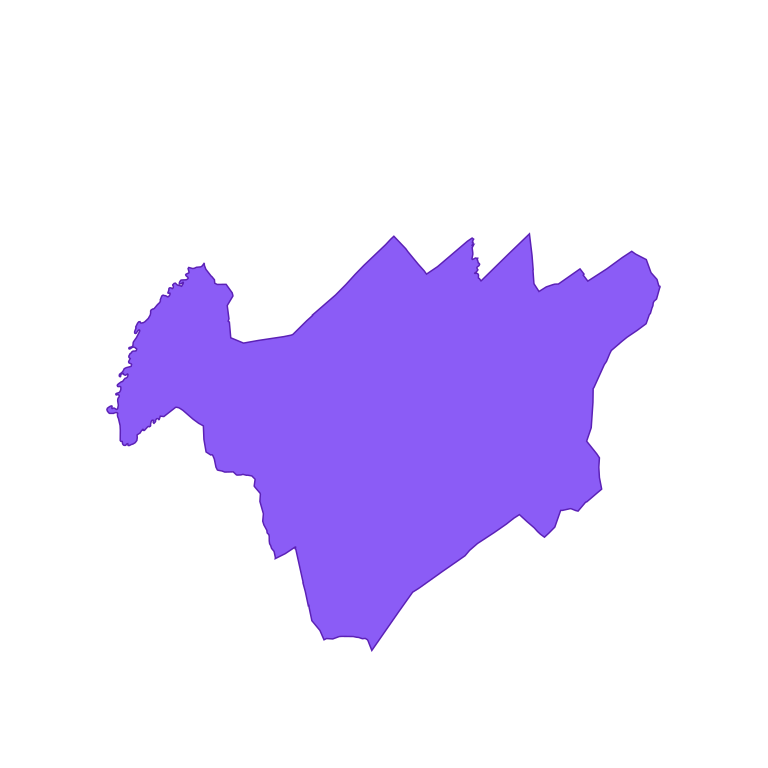 Malienas pag., Aluksne, Latvia (Robinson projection), rotated 123°
{"feature_id": "27541924B29031976448606", "entity_name": "Malienas pag.", "entity_type": "district", "adm_level": 2, "iso_a3": "LVA", "parent_name": "Latvia", "parent_adm1": "Aluksne", "projection": "robinson", "projection_center": [27.166, 57.339], "detail": "fine", "context": "isolated", "style": "filled", "palette": "violet", "viewbox_px": 768, "rotation_deg": 123, "n_neighbors": 0, "source": "geoboundaries", "source_scale": "gbopen_adm2", "svg_char_len": 6171}
<svg xmlns="http://www.w3.org/2000/svg" viewBox="0 0 768 768"><g transform="rotate(123 384 384)"><path d="M471.4,623.3L472.1,622.5L475.8,621.7L476.8,621.1L477.1,620.8L477.0,619.9L476.4,619.5L473.0,619.4L472.1,619.0L471.9,618.5L472.0,618.1L473.0,617.6L479.9,616.9L484.9,617.1L485.9,616.9L488.5,615.5L489.2,615.5L490.1,615.7L492.1,617.5L492.6,617.6L493.2,617.3L493.4,616.8L493.0,616.2L489.9,614.8L489.6,614.5L489.0,612.5L489.3,611.7L489.1,611.1L489.2,610.6L489.8,610.2L491.1,610.0L492.0,610.8L493.1,612.4L494.5,613.0L495.9,613.0L496.8,613.5L499.6,613.2L500.5,612.5L500.8,611.7L500.8,610.7L502.5,610.6L504.2,610.4L504.8,610.0L505.2,609.2L504.8,607.0L505.0,606.4L506.7,605.7L507.1,605.8L510.7,609.1L512.6,610.2L515.1,609.9L517.1,610.1L519.9,611.1L521.2,610.6L521.7,610.0L521.6,609.2L521.3,609.0L520.6,609.2L519.4,609.9L518.9,609.8L518.2,609.3L517.1,608.3L517.7,608.0L517.8,607.4L517.6,605.8L517.1,605.4L515.6,604.8L515.3,604.6L515.3,604.1L515.7,603.7L517.6,603.0L518.6,603.1L519.6,603.6L520.1,604.2L521.9,604.5L523.9,604.6L524.4,604.7L525.2,605.5L528.2,606.7L529.7,607.1L530.4,607.0L531.1,606.1L531.0,605.6L529.8,603.9L529.8,603.3L530.6,602.5L532.3,601.6L533.9,601.3L535.1,601.4L536.7,602.5L537.2,603.0L538.3,603.5L538.7,603.3L539.0,602.8L538.9,602.4L537.9,601.5L537.7,600.8L537.8,599.9L538.5,599.4L539.0,599.2L540.6,599.3L541.8,599.0L543.3,598.1L546.4,595.3L549.3,594.1L550.2,594.0L551.1,594.6L551.1,597.0L551.5,597.7L552.6,598.6L552.5,599.1L550.7,600.0L550.7,600.5L551.4,601.2L552.6,601.9L554.4,602.6L555.1,602.8L556.5,602.4L557.4,601.2L558.1,599.2L558.1,598.1L556.1,595.0L554.3,593.7L553.6,592.6L553.5,591.6L553.9,591.2L554.6,591.0L555.7,590.3L556.7,589.3L557.5,588.0L562.6,582.7L566.5,579.9L575.0,574.5L575.4,573.5L574.8,572.2L576.5,570.7L576.9,570.0L577.1,569.0L576.9,568.3L576.1,567.2L574.6,567.2L573.6,566.4L574.9,565.2L574.7,564.6L574.1,563.9L572.7,563.2L571.0,561.8L568.7,560.7L566.0,560.5L563.4,561.7L561.3,563.3L560.8,563.2L557.7,561.8L556.3,562.0L553.4,561.6L553.2,561.2L553.4,560.7L553.9,560.5L553.7,559.9L553.2,559.6L548.7,558.9L548.0,558.5L547.6,558.0L547.7,557.6L546.8,557.0L546.1,557.0L544.8,557.9L543.4,558.4L542.0,558.9L541.1,558.9L540.3,558.3L540.0,557.4L541.7,556.9L542.3,555.9L542.3,555.5L540.7,555.2L539.8,555.2L539.0,555.8L537.2,555.8L536.7,555.6L535.9,554.2L536.0,553.9L536.5,553.6L536.2,553.2L532.8,554.1L531.2,550.9L517.2,546.1L516.8,545.8L516.5,545.3L515.7,543.2L515.6,541.8L515.6,538.4L517.5,525.0L517.9,518.0L517.5,512.7L528.6,504.8L537.9,496.2L537.9,490.7L537.0,489.8L537.1,488.8L539.3,485.5L545.3,479.6L546.8,477.0L546.7,476.2L545.2,472.5L544.6,469.6L539.8,462.6L540.6,458.3L540.4,457.6L538.2,454.5L536.6,453.1L535.5,449.8L534.7,448.6L533.2,445.1L533.1,444.7L534.1,440.2L540.3,437.3L540.8,436.1L543.1,428.4L543.7,427.7L550.1,424.1L558.5,414.5L565.1,411.0L567.6,408.0L570.5,402.6L572.5,400.9L573.1,398.5L574.3,397.3L578.2,394.7L580.3,392.9L581.2,391.1L583.1,388.8L584.3,385.0L588.7,380.6L589.7,380.1L580.0,374.4L569.1,369.7L569.0,369.2L570.6,368.8L570.6,368.0L594.6,343.6L594.9,343.7L600.8,337.1L611.2,326.7L610.7,326.4L612.5,324.8L621.8,315.6L625.6,303.5L631.2,295.0L628.8,293.6L625.7,288.1L620.2,284.0L618.7,282.0L612.5,272.2L611.4,269.3L610.3,267.1L609.4,263.4L607.6,261.2L607.5,258.8L607.8,257.9L614.1,249.1L566.5,247.6L543.0,246.6L535.8,243.3L509.4,232.9L483.9,222.5L476.9,221.6L466.8,218.7L448.4,210.6L434.9,205.1L425.8,202.0L419.8,199.3L421.5,189.2L422.8,179.7L424.1,174.9L424.8,170.9L425.1,166.0L419.2,164.5L411.0,162.8L393.8,167.0L392.7,165.4L387.2,160.0L386.7,159.2L385.7,154.2L384.9,152.0L373.7,150.6L372.7,150.2L372.5,149.8L353.6,144.2L345.1,152.4L336.8,158.5L328.6,163.1L326.7,167.5L321.6,182.9L307.8,186.4L285.7,198.7L273.9,206.1L272.7,206.0L247.7,209.8L243.9,209.7L235.8,211.2L232.1,211.6L218.4,207.6L212.3,205.6L201.2,200.9L190.7,197.0L181.2,199.3L179.8,199.0L174.5,200.6L171.9,201.1L169.3,202.4L167.5,202.6L164.3,201.7L153.1,205.2L151.8,205.4L151.7,205.2L152.0,207.0L147.6,212.0L145.2,220.7L136.8,231.8L138.0,243.7L137.8,248.5L148.1,253.0L166.2,259.9L186.7,269.1L184.2,276.2L182.9,276.1L180.7,282.3L205.2,292.2L207.2,295.1L208.6,296.4L214.2,300.8L222.0,304.4L218.4,312.5L217.8,313.2L207.5,321.0L207.1,321.0L195.4,330.0L178.9,343.8L206.9,350.3L244.5,358.7L244.7,358.8L243.7,361.3L243.7,362.5L242.6,363.3L241.2,364.0L240.5,365.1L240.5,365.9L240.7,366.6L241.7,367.9L241.7,368.2L241.0,368.2L239.9,367.6L237.2,367.4L237.0,367.5L236.7,368.6L235.7,369.5L234.9,369.5L233.1,368.8L231.7,368.9L231.2,369.4L230.9,370.7L231.0,371.0L229.7,372.3L229.1,373.4L227.5,373.9L227.8,374.4L228.3,374.6L228.2,375.1L228.5,375.9L231.3,377.5L231.2,378.4L226.9,380.1L225.6,381.0L221.7,384.3L218.7,384.6L219.9,385.2L219.8,385.7L217.4,385.8L216.6,386.7L216.9,387.0L215.6,387.6L213.7,387.7L213.6,389.6L218.8,391.8L256.4,403.0L268.7,408.2L267.2,412.0L264.9,420.5L260.0,436.1L258.7,439.4L254.7,456.2L258.7,457.2L266.1,458.5L295.6,465.5L307.7,467.9L321.2,470.1L335.7,473.1L365.2,481.6L365.4,481.2L372.8,483.2L392.0,487.4L393.5,488.4L398.9,493.9L415.9,513.1L426.2,524.1L428.7,537.7L416.3,547.4L416.2,548.9L413.8,549.5L403.6,558.2L392.6,558.6L392.0,559.0L390.2,561.0L386.4,570.7L391.4,578.2L391.6,580.9L388.9,583.0L387.7,586.8L387.6,587.8L384.8,595.9L382.2,599.4L381.0,600.2L380.9,600.6L384.1,600.8L385.6,601.5L388.3,604.9L390.4,606.2L391.4,607.5L392.6,611.2L393.9,611.2L396.4,608.4L397.1,608.2L399.6,609.8L400.5,609.8L401.0,609.0L401.4,606.5L401.9,605.9L402.8,605.9L404.0,606.4L404.6,607.0L407.0,610.4L407.6,610.9L409.0,611.0L410.3,610.9L411.5,610.2L410.6,609.0L409.5,608.4L408.1,608.0L408.1,607.6L409.1,607.1L412.3,607.0L412.8,609.3L413.4,610.4L413.5,611.7L413.0,613.8L413.9,614.8L415.9,615.2L416.3,614.9L416.7,613.9L417.9,613.3L419.1,613.3L419.4,613.7L419.4,615.1L420.3,616.3L421.3,616.3L422.5,615.6L425.3,614.9L425.2,613.9L424.4,613.2L424.7,612.6L425.5,612.2L427.2,612.1L428.5,612.6L428.9,613.3L428.7,614.0L429.0,615.5L429.4,616.1L429.8,617.7L431.2,618.3L435.2,617.5L436.2,616.7L437.9,616.5L440.7,617.2L445.6,617.8L446.6,618.1L446.9,618.7L448.6,619.6L449.9,619.5L451.5,618.4L453.5,617.6L457.4,617.4L462.2,618.5L463.7,619.3L465.2,620.9L465.3,621.5L464.6,622.6L465.5,623.6L467.2,623.8L471.4,623.3Z" fill="#8b5cf6" stroke="#5b21b6" stroke-width="1.5"/></g></svg>